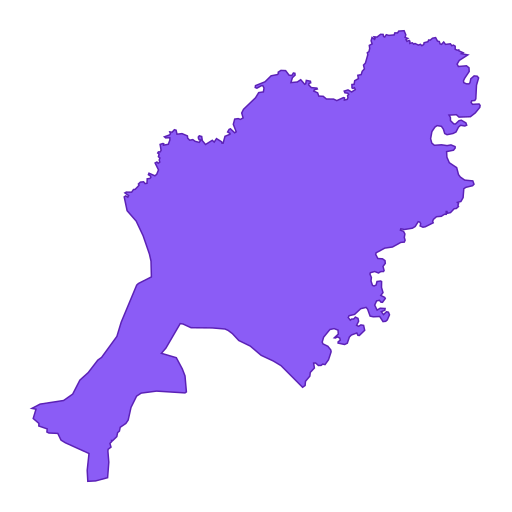 outline of Phutthaisong, Buri Ram, Thailand, rotated 270°
{"feature_id": "78962969B74701516685822", "entity_name": "Phutthaisong", "entity_type": "district", "adm_level": 2, "iso_a3": "THA", "parent_name": "Thailand", "parent_adm1": "Buri Ram", "projection": "robinson", "projection_center": [103.029, 15.546], "detail": "fine", "context": "isolated", "style": "filled", "palette": "violet", "viewbox_px": 512, "rotation_deg": 270, "n_neighbors": 0, "source": "geoboundaries", "source_scale": "gbopen_adm2", "svg_char_len": 6122}
<svg xmlns="http://www.w3.org/2000/svg" viewBox="0 0 512 512"><g transform="rotate(270 256 256)"><path d="M124.7,302.6L126.5,305.1L130.7,305.5L135.8,309.8L139.6,310.3L144.0,314.4L148.9,313.6L149.0,315.6L146.5,318.4L146.6,321.1L147.9,322.7L147.4,325.0L152.2,328.5L160.2,331.1L162.0,330.8L165.7,327.9L168.1,323.0L169.9,322.2L174.8,323.6L182.5,329.9L183.4,334.1L181.9,338.0L177.9,338.3L174.2,334.3L174.0,335.4L175.1,337.3L174.0,339.7L171.9,340.3L170.1,338.1L168.9,338.1L167.5,344.6L168.8,347.3L175.0,349.4L177.0,351.4L179.0,356.8L176.7,357.9L176.5,359.3L181.7,364.7L186.6,363.6L187.1,360.9L185.7,358.5L186.7,356.6L190.8,358.6L193.6,358.0L194.9,355.4L193.0,353.7L192.9,351.5L191.8,350.3L194.5,348.2L196.3,349.1L197.6,354.6L203.3,360.7L204.6,366.1L202.9,367.6L195.9,370.1L195.2,373.3L195.5,379.7L190.4,383.0L190.7,385.7L192.1,387.3L197.2,389.5L199.8,388.4L200.3,386.5L197.4,383.5L200.3,381.3L201.7,384.8L203.5,385.1L203.8,380.2L201.9,377.1L206.9,374.7L211.1,376.6L211.7,379.4L209.8,381.0L209.7,382.5L213.5,385.3L214.6,384.7L216.6,380.8L219.4,383.0L224.6,381.5L230.4,381.6L231.0,380.7L230.5,377.0L227.0,376.1L226.0,374.1L226.6,372.5L231.0,371.0L234.5,371.4L238.0,369.9L239.3,370.4L240.5,374.7L239.0,378.5L240.4,380.7L240.5,383.5L241.5,384.1L245.6,383.0L248.6,385.3L251.4,385.0L253.2,382.5L253.5,377.8L257.6,375.7L259.2,376.1L263.9,384.8L265.0,392.5L269.6,400.8L269.9,404.3L271.8,405.1L274.6,404.3L278.0,404.9L280.7,403.5L281.8,400.4L283.2,400.8L282.5,404.4L283.8,412.4L285.5,415.2L290.3,418.2L290.0,419.7L288.3,420.7L286.1,420.1L284.8,422.9L285.2,425.2L289.2,433.2L290.8,432.6L292.7,433.5L295.3,436.5L295.7,441.3L297.7,444.4L297.7,446.2L300.5,446.2L300.5,447.0L298.7,447.4L299.4,450.5L303.3,454.2L303.5,456.3L305.5,458.5L306.9,457.9L308.3,458.6L309.6,457.4L310.5,460.9L314.4,463.1L323.3,463.8L324.7,466.0L326.3,472.6L327.8,474.0L331.1,472.8L331.9,464.7L335.0,460.3L337.4,458.5L344.3,456.7L349.3,449.3L354.8,446.9L360.4,446.6L361.8,453.5L364.0,455.2L365.4,455.1L367.1,451.0L366.4,447.1L367.2,441.5L366.7,434.4L368.9,431.8L373.3,430.6L380.4,431.9L384.9,434.9L386.4,437.1L385.7,441.4L382.8,443.4L378.5,444.7L377.3,447.0L378.5,453.0L380.0,456.0L384.9,458.5L386.7,460.6L386.0,464.8L386.8,466.7L389.1,465.9L391.8,461.3L391.3,459.0L388.0,455.5L388.1,453.8L391.4,450.5L394.6,450.4L396.9,449.0L397.3,456.4L394.9,459.0L395.3,470.4L399.1,475.3L404.6,479.8L406.6,480.1L408.0,479.1L407.7,472.5L409.5,471.1L411.2,471.7L411.5,474.8L413.1,475.8L426.8,476.5L434.1,478.6L435.8,477.2L436.1,474.1L433.2,470.8L429.3,470.0L428.1,468.9L428.2,466.3L429.4,463.7L431.3,463.5L433.8,464.7L440.5,469.2L444.2,469.0L446.2,466.5L445.5,458.4L447.9,457.1L451.6,459.3L457.1,467.8L458.3,461.5L459.3,463.1L461.1,459.0L462.1,458.8L461.8,457.2L462.7,455.2L465.8,455.2L466.9,453.4L466.3,451.8L468.2,450.4L467.6,445.5L470.0,443.7L467.6,441.5L468.2,440.0L470.5,439.3L470.9,437.5L474.4,435.6L473.8,432.5L471.9,430.3L472.0,428.6L470.3,428.0L469.3,424.1L467.5,423.7L466.3,421.9L467.7,420.4L466.9,418.4L468.5,415.0L467.9,413.7L469.2,412.3L468.6,409.8L470.8,409.9L471.6,409.1L470.6,407.0L472.4,406.0L473.6,407.8L474.6,405.1L477.2,405.8L481.3,404.1L480.9,398.7L479.1,397.6L479.1,394.8L477.1,394.2L476.6,388.8L477.3,386.3L475.0,384.7L475.5,383.6L477.6,383.1L477.7,380.6L474.9,377.0L475.2,374.1L473.7,375.1L472.6,374.6L474.5,372.0L471.2,371.1L468.1,372.1L466.6,369.3L463.5,369.7L460.3,368.9L459.3,367.3L457.3,367.8L448.9,365.4L446.9,363.5L443.1,364.4L440.7,362.2L437.4,361.2L436.7,357.8L433.4,358.4L431.3,354.7L427.7,354.1L427.5,351.9L424.1,352.0L423.6,352.9L424.3,354.5L422.4,355.3L420.0,351.6L422.1,348.0L420.9,344.2L419.2,344.9L418.8,347.7L417.7,348.7L416.2,347.5L414.6,348.0L412.6,347.2L411.9,344.4L414.1,344.5L414.4,343.4L411.4,336.8L412.9,333.6L413.0,326.4L415.7,323.2L415.9,318.8L419.2,317.6L420.9,313.8L422.2,314.3L423.0,317.3L423.9,316.9L424.4,311.3L427.1,308.7L428.6,309.0L429.2,310.7L430.8,310.4L431.6,306.3L428.3,305.7L427.7,304.7L432.3,300.7L430.0,297.3L429.4,290.9L434.3,292.4L436.9,295.1L438.7,294.9L439.0,293.4L436.5,291.8L436.8,289.1L441.4,285.6L441.6,280.9L439.8,278.2L438.4,278.4L437.4,277.3L436.2,271.1L430.2,265.0L426.4,255.5L424.5,255.2L423.8,256.9L426.4,261.6L426.2,262.9L424.0,264.0L420.1,263.4L419.4,258.7L414.2,255.5L402.7,243.5L399.0,241.7L394.1,243.1L392.6,240.4L393.4,238.2L392.9,234.7L387.7,233.3L380.2,236.2L379.2,234.7L383.2,230.4L382.6,229.1L380.0,227.6L378.6,230.0L377.7,229.9L375.7,225.0L368.8,223.1L368.8,222.0L370.2,221.6L373.4,216.5L369.9,214.2L371.7,212.3L367.5,205.5L371.4,202.3L375.5,201.7L376.2,199.3L375.0,198.3L373.4,198.5L372.2,199.2L372.1,201.0L369.6,199.2L370.7,195.1L372.4,192.8L371.8,189.7L373.8,187.7L376.1,187.4L378.4,182.0L377.8,177.0L381.8,176.1L382.3,174.4L379.8,172.1L380.1,169.8L378.3,170.5L377.1,169.6L375.2,164.4L374.1,165.7L374.3,169.8L372.0,169.9L367.7,168.3L366.8,163.5L368.3,163.7L368.5,162.9L367.6,160.1L361.6,161.1L360.1,160.1L360.1,158.4L359.0,157.7L357.9,159.1L355.3,158.4L354.0,159.9L352.0,159.2L349.9,159.8L348.7,158.2L350.0,156.9L349.0,155.1L342.1,158.5L337.7,156.7L336.2,154.9L338.8,149.0L337.3,148.4L335.9,150.6L334.5,150.8L333.6,149.9L333.2,147.2L328.7,147.0L328.4,145.1L330.2,143.6L329.9,140.4L328.0,138.4L326.9,139.0L325.7,138.1L322.6,135.1L322.5,133.5L319.8,131.6L319.9,126.3L319.1,124.9L316.4,128.6L314.8,127.8L316.1,125.7L315.1,124.2L301.3,127.1L290.9,136.2L276.3,143.1L258.0,149.4L250.9,151.0L235.1,151.4L228.5,138.4L226.9,136.7L189.8,121.2L175.6,116.9L154.6,101.6L151.9,97.8L139.4,88.2L131.9,79.9L117.9,72.7L111.5,63.6L107.9,40.1L103.6,31.9L102.8,36.0L93.5,33.2L88.6,38.9L86.0,38.8L83.1,47.2L80.0,46.9L79.0,48.8L78.6,57.8L71.9,61.0L69.2,65.4L58.5,89.0L41.7,87.2L30.7,87.8L31.1,95.6L34.3,107.6L49.8,108.8L60.8,107.9L62.7,108.1L64.9,111.0L68.6,109.9L70.6,111.9L71.5,111.6L71.5,112.8L75.4,116.8L79.4,117.6L80.9,119.4L84.7,120.2L88.6,125.9L92.0,128.2L104.6,131.0L115.9,136.6L118.9,141.2L120.9,156.5L119.1,185.0L120.1,186.4L136.1,185.0L143.1,182.3L154.3,176.3L158.7,161.4L163.9,165.9L188.4,180.2L188.0,183.0L184.3,191.0L184.1,212.0L183.0,225.0L181.6,228.1L178.4,232.4L171.5,238.8L165.9,250.3L156.7,261.1L151.0,273.3L146.3,281.1L124.7,302.6Z" fill="#8b5cf6" stroke="#5b21b6" stroke-width="1.5"/></g></svg>